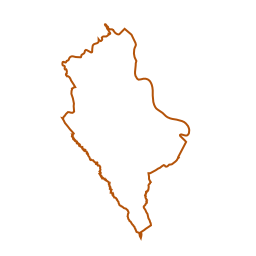 the district of Tan Thanh, Bà Rịa - Vũng Tàu, Vietnam, rotated 148°
{"feature_id": "81297802B41485876419304", "entity_name": "Tan Thanh", "entity_type": "district", "adm_level": 2, "iso_a3": "VNM", "parent_name": "Vietnam", "parent_adm1": "Bà Rịa - Vũng Tàu", "projection": "equal_earth", "projection_center": [107.136, 10.589], "detail": "fine", "context": "isolated", "style": "outline", "palette": "amber", "viewbox_px": 256, "rotation_deg": 148, "n_neighbors": 0, "source": "geoboundaries", "source_scale": "gbopen_adm2", "svg_char_len": 5853}
<svg xmlns="http://www.w3.org/2000/svg" viewBox="0 0 256 256"><g transform="rotate(148 128 128)"><path d="M178.9,151.8L179.2,150.5L179.5,150.3L179.6,150.5L179.4,151.0L179.5,151.2L180.0,150.7L179.8,150.2L180.0,149.5L179.8,148.8L179.5,148.5L179.5,147.5L179.7,147.4L180.3,147.8L180.4,147.5L180.0,146.7L179.8,145.0L179.7,144.9L179.2,145.1L179.3,144.4L178.8,144.1L178.5,143.6L178.6,143.4L179.1,143.2L179.5,142.2L179.3,142.1L178.9,142.7L178.6,142.8L178.6,141.8L178.2,141.2L178.1,140.6L177.7,139.9L177.7,139.7L178.3,139.9L178.1,139.4L178.1,139.0L178.3,138.9L178.7,139.1L178.8,138.6L178.2,138.3L178.2,137.6L177.9,137.4L177.6,136.2L176.8,136.0L176.9,135.7L177.1,135.4L177.5,135.4L177.7,134.7L177.4,134.2L177.5,133.5L177.3,132.2L177.2,132.0L177.0,131.9L176.7,132.6L176.5,132.8L176.4,132.6L176.6,132.1L175.9,132.3L175.8,132.1L176.3,131.7L176.4,131.1L176.3,130.8L175.6,129.9L175.7,127.6L176.0,127.7L176.1,128.6L176.4,128.5L176.5,128.1L176.0,126.5L176.4,125.7L176.2,123.6L176.8,121.6L176.8,120.9L176.7,120.7L176.0,120.7L175.7,120.0L175.0,119.2L174.6,119.0L174.7,118.3L174.5,117.7L174.5,117.1L174.0,116.2L174.0,115.4L173.5,115.5L173.3,114.9L173.1,114.7L172.7,115.2L172.4,115.1L172.4,114.7L172.5,114.5L173.5,114.1L173.1,113.9L173.2,113.6L173.5,113.5L173.4,112.8L173.5,112.2L173.3,112.0L172.7,111.9L172.1,111.1L172.3,110.4L172.2,109.5L173.0,108.7L173.5,107.1L174.2,106.8L174.5,106.2L175.1,106.2L174.9,105.0L174.9,104.3L175.3,104.1L175.7,104.4L176.4,104.5L176.4,104.3L175.9,103.8L176.1,103.5L176.5,103.6L176.5,102.5L176.0,102.0L175.9,101.2L176.1,100.3L176.6,100.5L176.6,99.4L176.1,99.7L175.6,99.1L175.8,98.4L175.2,97.8L175.2,97.1L174.6,97.1L174.7,96.5L174.3,96.1L174.7,95.9L174.7,95.6L174.0,94.5L173.0,92.2L174.1,90.4L174.0,90.0L173.6,90.1L174.2,89.4L174.2,88.6L174.6,88.5L174.7,88.2L174.7,87.7L174.4,87.3L175.3,86.4L174.9,86.2L175.4,85.6L175.1,85.4L175.2,84.8L174.7,84.7L174.6,84.4L175.0,84.2L175.4,84.3L175.7,83.9L175.7,83.4L176.1,82.9L176.6,82.8L176.6,82.2L176.8,82.1L176.5,81.8L176.3,82.3L175.8,80.8L175.8,80.5L176.3,80.2L176.3,79.5L176.5,79.4L176.4,79.2L176.2,79.3L176.6,78.6L176.5,78.3L176.2,78.4L176.5,77.7L176.4,77.2L176.5,76.4L176.0,76.2L175.7,75.4L175.3,74.9L175.4,74.2L175.1,73.3L175.2,73.0L175.4,73.2L175.5,73.0L175.3,72.4L175.4,71.4L175.2,70.5L175.8,69.1L175.8,68.2L176.1,67.4L175.8,66.4L175.3,65.9L175.2,65.0L174.5,64.3L173.9,62.2L172.5,60.7L172.3,59.5L171.9,59.0L171.9,58.6L172.2,56.3L172.5,55.7L173.6,55.1L174.8,53.6L175.2,53.3L175.3,52.4L175.9,50.8L175.8,49.1L176.0,48.3L175.5,47.4L175.4,46.4L175.5,45.3L175.4,43.6L175.1,42.8L175.2,41.7L174.9,40.8L175.1,40.4L175.3,38.9L175.2,38.6L175.4,38.3L175.4,37.3L175.7,36.7L175.6,36.0L175.8,35.3L174.2,33.3L174.5,31.8L175.2,30.2L175.4,27.9L173.9,29.4L172.9,30.7L172.6,31.4L172.4,32.8L167.8,32.9L166.8,33.1L160.1,33.3L159.2,35.3L159.1,36.6L158.6,38.2L158.5,40.6L157.0,44.9L157.1,46.6L156.7,49.3L156.8,51.8L156.5,52.8L156.0,53.2L154.1,53.6L153.6,54.1L151.6,54.6L151.5,55.0L151.6,55.5L151.1,55.6L151.1,56.0L150.9,56.1L150.5,57.2L150.1,57.1L150.1,59.6L149.7,60.4L149.3,60.5L149.4,61.6L149.3,61.9L149.0,62.0L148.5,61.9L148.2,62.6L147.4,62.8L146.9,63.8L146.6,64.2L146.0,63.9L145.7,64.4L144.5,64.2L144.2,64.7L143.5,64.8L141.6,67.1L141.0,68.6L139.4,69.4L138.7,69.3L137.9,70.2L137.4,70.1L137.3,70.8L137.5,71.6L137.2,73.6L136.0,75.5L134.6,78.8L133.1,77.9L131.7,77.8L126.9,77.5L123.7,77.6L122.2,77.3L119.4,77.6L117.4,77.6L116.8,76.9L116.6,75.5L116.1,75.0L115.4,74.7L114.3,74.7L112.4,75.1L111.2,74.4L109.9,74.0L105.6,74.4L103.8,74.8L101.9,75.8L100.7,76.0L100.9,76.7L86.1,85.4L86.4,87.3L87.9,93.3L87.9,94.0L87.6,94.5L87.0,94.6L86.2,94.3L83.7,91.6L82.8,90.8L81.7,90.4L80.4,90.6L79.0,91.4L77.3,93.6L76.8,94.6L76.4,96.0L76.1,97.9L76.5,101.1L77.2,103.2L78.5,105.2L82.3,109.3L85.6,112.2L87.2,113.9L88.8,116.2L89.6,118.1L90.7,122.5L93.1,127.9L93.7,129.6L93.8,131.5L93.5,133.9L92.7,136.7L89.9,142.3L87.1,146.8L85.8,149.5L85.0,151.9L84.7,153.5L84.6,155.1L84.6,156.1L85.1,157.9L85.6,158.9L86.9,160.4L88.8,161.6L91.2,162.4L93.4,163.4L94.0,164.6L94.1,165.3L94.0,168.3L93.2,170.4L92.2,172.0L88.4,176.9L87.1,178.8L85.4,180.4L85.0,183.7L84.8,184.8L83.5,188.0L81.2,191.2L80.0,192.3L77.9,193.7L77.2,194.4L77.0,195.0L76.6,196.1L75.6,205.3L78.3,213.9L85.4,212.2L86.0,212.2L86.6,212.5L87.4,213.3L88.1,214.6L88.6,216.1L88.6,217.5L88.8,218.2L88.6,219.0L89.2,219.8L89.3,220.2L90.7,221.0L91.6,222.1L91.9,223.1L91.4,224.4L91.8,225.5L92.0,227.6L92.2,227.9L92.4,228.1L92.7,228.0L92.9,227.3L92.9,226.9L92.5,225.7L93.0,223.2L92.8,221.3L92.9,219.4L92.8,218.2L92.9,217.7L93.2,217.4L94.2,217.3L94.7,218.1L95.2,217.5L96.0,217.2L97.8,217.1L100.4,218.7L101.4,218.8L102.3,218.5L102.4,218.0L102.9,216.8L103.4,216.4L104.8,216.1L105.1,216.2L105.6,217.1L105.8,217.9L105.9,218.8L106.8,217.2L107.8,216.4L109.2,216.3L111.8,217.0L112.7,217.1L113.8,216.8L114.6,216.2L116.4,214.0L117.9,211.8L118.4,211.4L119.2,211.6L119.5,212.0L121.7,215.9L122.3,216.5L123.5,216.4L124.8,215.1L125.7,214.6L128.6,214.6L130.4,213.0L130.6,213.0L134.6,215.8L136.8,218.0L138.0,218.7L139.2,218.8L139.9,218.7L141.0,218.2L142.1,217.3L143.5,217.1L144.4,217.4L145.8,216.6L146.2,216.6L146.7,217.0L147.5,218.2L148.4,218.5L148.6,218.4L149.5,217.4L150.0,216.4L150.1,216.0L150.0,215.5L149.1,214.4L149.0,214.0L149.2,213.2L150.1,212.3L150.4,211.5L150.3,210.9L149.3,210.5L149.4,209.6L149.9,208.3L150.9,207.1L151.1,206.6L151.9,206.7L152.3,206.3L152.5,205.8L152.3,204.1L151.8,204.0L151.3,203.5L150.8,202.2L150.8,201.3L150.7,200.8L151.1,198.4L151.0,193.4L151.1,190.6L152.6,191.1L153.7,191.0L154.5,191.1L154.5,190.8L156.2,189.4L157.9,187.0L159.0,182.4L160.9,177.4L162.5,175.3L165.0,170.5L166.1,170.3L167.0,170.3L168.4,171.3L169.2,172.3L170.5,173.3L173.0,172.8L175.6,171.7L176.5,171.7L177.6,170.7L178.0,170.7L178.5,171.2L178.5,168.5L178.8,165.7L178.2,161.0L177.9,157.8L176.9,152.1L177.3,151.9L177.7,152.1L178.3,151.7L178.6,151.9L178.7,151.5L178.9,151.8Z" fill="none" stroke="#b45309" stroke-width="2"/></g></svg>